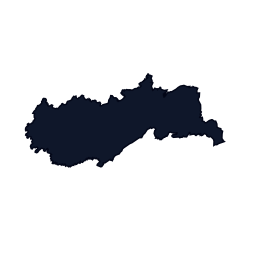 the district of Lampung Tengah, Lampung, Indonesia, rotated 214°
{"feature_id": "22746128B57273633041967", "entity_name": "Lampung Tengah", "entity_type": "district", "adm_level": 2, "iso_a3": "IDN", "parent_name": "Indonesia", "parent_adm1": "Lampung", "projection": "equal_earth", "projection_center": [105.295, -4.874], "detail": "fine", "context": "isolated", "style": "filled", "palette": "ink", "viewbox_px": 256, "rotation_deg": 214, "n_neighbors": 0, "source": "geoboundaries", "source_scale": "gbopen_adm2", "svg_char_len": 5876}
<svg xmlns="http://www.w3.org/2000/svg" viewBox="0 0 256 256"><g transform="rotate(214 128 128)"><path d="M147.6,160.8L148.7,160.2L148.8,159.8L150.6,159.1L151.4,157.6L151.7,157.7L151.8,156.7L152.6,157.2L152.8,156.6L153.6,156.6L153.8,155.9L153.4,155.1L153.4,153.2L152.0,153.6L152.2,152.7L150.8,152.4L149.9,153.2L149.3,153.1L149.3,152.4L148.0,152.3L148.6,148.6L149.4,146.7L150.2,146.0L151.0,144.5L151.5,144.6L151.6,145.5L152.2,145.7L152.5,145.1L153.2,146.1L154.8,146.3L156.6,145.1L159.1,145.9L160.4,145.2L159.6,143.1L159.5,140.4L158.3,137.9L158.7,136.7L161.8,133.2L162.1,132.1L162.7,131.2L163.6,130.9L164.5,133.1L165.8,133.6L167.2,132.0L168.0,131.7L168.9,131.7L170.0,132.7L171.0,132.5L171.2,131.7L172.5,131.1L173.0,130.3L173.0,129.4L174.4,129.3L175.0,130.3L175.8,130.4L175.5,130.1L175.7,129.7L177.5,129.7L178.5,128.0L179.5,127.8L182.2,128.8L182.8,129.8L184.3,129.5L184.7,128.9L184.8,126.7L185.6,125.9L185.8,124.5L186.3,123.9L187.6,124.0L189.0,125.3L189.7,124.1L190.7,123.9L190.9,121.2L190.4,120.4L190.7,119.3L191.9,117.3L192.7,116.8L193.0,115.5L192.3,113.3L194.2,111.3L195.8,111.7L196.3,111.2L196.1,109.7L196.7,107.7L196.7,104.8L197.9,104.6L199.0,103.3L202.0,102.6L202.7,103.1L203.1,104.6L204.2,104.5L205.6,101.9L207.1,101.8L207.6,103.1L208.7,102.7L209.2,103.7L209.8,103.9L210.6,103.3L211.2,104.2L211.2,105.3L212.0,106.0L213.0,106.1L214.5,105.3L214.8,104.1L213.8,102.8L214.5,101.9L213.4,100.4L214.1,97.2L215.4,96.0L215.2,95.1L214.8,95.6L215.2,92.6L214.6,92.0L215.2,89.3L215.1,87.0L213.4,87.6L212.8,86.0L211.6,84.4L210.3,84.1L210.3,82.4L209.9,82.0L210.5,80.5L210.0,80.1L209.9,78.8L210.5,78.4L210.8,77.2L211.8,75.7L212.9,76.2L213.5,75.1L213.1,74.2L212.0,74.2L212.0,73.0L212.8,72.4L212.8,70.7L211.8,69.0L211.0,68.6L210.5,69.9L208.8,69.2L208.4,67.7L209.2,66.2L208.9,64.9L208.2,64.8L207.3,65.4L206.5,63.6L205.8,63.4L205.3,63.7L205.3,65.0L204.3,66.1L203.1,66.3L202.8,65.0L202.4,64.6L201.9,65.2L201.0,65.2L200.3,64.6L200.1,62.8L198.3,61.8L198.3,61.2L199.0,60.4L198.7,58.4L196.7,56.8L195.7,57.1L195.7,58.5L195.1,59.6L193.9,59.6L193.0,61.2L191.9,61.2L191.2,59.8L191.8,58.7L191.9,57.1L191.5,56.1L190.1,56.3L189.4,57.2L189.3,59.7L188.4,62.8L186.0,63.6L185.3,62.1L184.1,62.2L183.6,63.0L183.5,65.2L183.1,66.0L182.1,65.4L181.7,63.1L180.4,62.7L179.1,63.3L176.7,63.3L177.0,62.0L176.8,61.2L175.3,60.9L174.9,59.2L174.0,59.0L173.4,58.0L172.7,58.7L171.6,58.6L171.0,56.4L170.5,56.5L170.3,57.6L169.7,57.3L169.6,58.1L169.1,59.0L168.4,58.8L168.6,57.9L168.3,57.7L168.1,58.4L167.8,58.0L167.3,58.1L167.2,59.0L166.1,58.1L165.1,58.6L164.5,60.0L163.4,59.9L162.2,61.4L162.0,60.7L161.6,61.4L160.9,61.0L160.4,61.6L160.1,62.9L159.5,62.8L159.8,61.6L159.6,62.0L158.4,61.5L158.3,62.0L156.8,62.8L155.6,62.6L155.1,63.6L154.3,63.5L154.3,64.2L153.7,64.8L153.1,66.3L152.1,66.7L152.4,67.5L152.1,68.8L151.3,68.4L151.2,69.0L150.3,69.2L150.0,71.2L148.9,71.6L148.9,72.4L148.6,72.3L148.7,73.4L148.0,72.8L147.9,73.7L146.5,74.1L146.2,76.4L145.4,76.9L145.4,78.6L144.7,78.7L144.8,79.4L144.3,79.1L144.4,80.2L144.0,80.3L144.0,80.9L143.3,80.4L142.9,80.7L143.2,81.0L143.0,81.9L141.5,81.6L141.1,82.8L140.8,81.9L139.8,81.9L140.0,82.5L139.4,83.2L139.9,83.6L139.6,84.4L137.7,84.5L137.4,85.2L137.1,84.9L135.1,85.7L134.9,85.0L133.2,84.8L132.5,84.1L133.1,80.7L132.7,79.8L128.9,80.6L128.2,81.4L128.1,84.2L128.9,85.0L127.6,86.2L125.3,92.0L124.6,91.6L123.7,91.8L123.5,92.6L122.9,92.4L123.1,93.0L122.8,93.4L123.3,94.4L123.5,97.0L122.8,98.9L120.8,101.8L121.0,103.3L120.4,105.6L120.9,107.6L120.5,109.2L117.9,115.9L116.5,118.1L113.3,126.2L111.3,127.7L111.8,131.8L111.2,132.5L111.2,137.6L109.9,139.9L109.8,141.0L108.4,140.8L106.9,143.0L104.8,142.9L104.2,142.2L104.3,140.6L103.2,138.1L100.8,136.4L99.7,136.6L99.4,135.1L98.6,135.9L97.8,135.7L97.6,136.5L97.2,135.9L96.1,136.8L94.9,136.3L94.7,136.9L93.8,137.2L93.8,138.6L93.4,138.8L93.6,139.3L93.0,140.5L92.4,140.8L92.1,142.4L91.5,142.6L91.0,143.4L91.3,144.0L91.1,144.6L91.6,146.8L90.8,148.3L87.6,149.1L84.8,151.4L84.4,151.3L84.3,149.9L87.1,147.3L87.2,146.0L86.6,145.6L85.1,145.7L80.9,149.0L79.6,148.9L79.0,149.9L77.9,150.6L77.7,152.3L76.9,152.0L74.5,153.4L74.5,158.6L74.1,158.7L74.0,157.8L73.3,158.0L72.7,157.1L69.8,160.1L69.6,159.8L68.7,160.3L68.1,159.8L67.8,160.6L67.3,160.3L66.9,161.7L66.4,161.8L66.3,162.7L65.4,162.7L65.2,163.3L65.0,163.2L65.0,163.8L64.6,163.9L64.1,162.7L63.9,163.1L63.0,162.7L62.2,163.7L61.5,166.2L59.0,166.5L58.4,165.6L56.6,165.7L55.6,166.0L54.7,167.3L50.8,166.5L49.3,165.2L47.1,161.6L46.6,162.8L45.0,163.9L44.2,165.8L40.6,170.6L42.5,170.7L42.5,171.1L44.3,171.8L46.8,175.8L47.8,178.2L49.6,178.1L50.7,179.3L53.1,178.5L54.8,178.6L56.6,181.0L59.1,182.7L60.6,181.8L62.5,182.0L63.3,181.6L64.8,179.6L66.0,176.3L67.1,175.4L68.7,175.9L70.3,175.2L71.1,177.0L72.4,178.4L74.5,176.9L74.8,177.6L74.5,179.6L74.9,180.0L75.9,179.9L76.2,182.3L77.5,182.7L78.5,184.6L80.8,187.8L85.3,190.3L86.1,191.6L86.3,193.6L88.3,197.0L90.2,195.5L91.2,196.5L92.0,197.7L92.4,199.9L94.2,199.6L95.6,198.8L97.2,198.7L97.1,198.3L100.0,195.7L100.3,195.8L100.3,196.7L102.1,195.3L105.4,194.6L108.0,192.0L109.1,189.6L109.7,187.3L112.0,182.4L113.1,181.7L113.7,180.5L114.4,180.3L115.0,178.3L115.0,174.7L115.5,173.8L115.8,174.0L115.8,177.3L116.2,177.5L117.0,175.2L117.7,176.1L116.2,179.9L116.8,180.3L116.9,181.3L118.9,179.4L121.7,178.6L123.3,179.1L123.6,179.8L124.1,179.7L124.1,178.7L124.9,176.5L125.4,177.0L126.1,176.4L128.1,175.9L128.2,173.7L128.5,173.1L132.1,175.8L132.7,179.4L133.2,179.6L134.2,179.1L134.0,179.6L134.5,180.6L136.7,182.1L137.2,184.4L139.0,184.1L139.4,183.5L140.4,183.7L140.7,183.2L141.0,184.0L141.6,184.0L141.5,182.8L141.8,181.9L141.4,181.4L141.5,180.4L140.9,180.0L139.8,180.8L139.7,180.1L140.7,178.4L141.5,178.0L140.9,176.8L141.5,176.2L141.3,175.3L141.8,174.8L141.9,173.7L142.7,173.0L143.5,171.0L142.6,170.1L141.2,170.6L140.6,169.8L140.7,168.8L141.9,168.0L142.4,167.1L142.2,166.3L144.3,164.4L145.7,161.5L146.9,161.2L147.3,160.5L147.6,160.8Z" fill="#0f172a" stroke="#020617" stroke-width="1.5"/></g></svg>